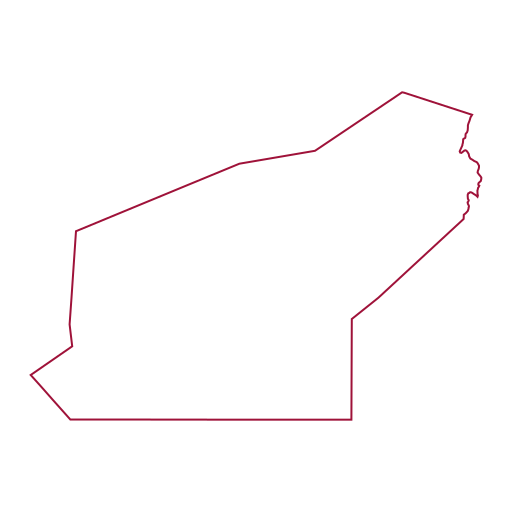 the district of Bicurga, Centro Sur, Equatorial Guinea
{"feature_id": "11065452B87560810385120", "entity_name": "Bicurga", "entity_type": "district", "adm_level": 2, "iso_a3": "GNQ", "parent_name": "Equatorial Guinea", "parent_adm1": "Centro Sur", "projection": "albers", "projection_center": [10.52, 1.549], "detail": "fine", "context": "isolated", "style": "outline", "palette": "rose", "viewbox_px": 512, "rotation_deg": 0, "n_neighbors": 0, "source": "geoboundaries", "source_scale": "gbopen_adm2", "svg_char_len": 1423}
<svg xmlns="http://www.w3.org/2000/svg" viewBox="0 0 512 512"><path d="M472.1,114.8L404.1,92.7L402.1,92.3L315.0,150.8L239.4,163.7L187.0,185.3L76.0,231.2L73.5,268.0L71.5,297.8L69.6,324.4L72.2,346.3L30.7,375.0L41.3,386.8L52.5,399.5L70.3,419.5L94.2,419.5L262.6,419.7L351.4,419.7L351.8,319.0L378.3,297.8L463.6,219.0L463.7,217.5L463.8,214.7L465.5,213.4L466.4,212.5L467.8,210.9L468.5,208.8L468.6,207.5L468.9,206.9L468.9,205.9L468.5,205.0L467.9,203.9L467.6,202.3L468.1,201.8L468.7,200.5L468.6,199.9L467.9,198.8L467.7,196.3L467.7,194.8L468.3,193.3L469.2,193.0L470.1,192.2L471.3,192.4L472.3,192.9L473.8,194.0L475.0,194.7L476.3,195.6L477.5,196.8L477.9,195.6L477.5,193.6L477.5,192.5L477.4,190.7L477.9,188.9L478.0,188.0L478.8,186.8L479.3,185.7L478.7,185.3L478.3,184.7L478.4,183.5L478.7,182.9L480.8,181.0L481.3,178.9L481.3,177.5L480.2,175.9L479.1,174.7L477.6,172.6L477.8,171.1L478.7,168.8L479.0,167.2L479.0,165.7L477.7,163.3L476.7,162.1L474.2,161.0L473.1,160.2L471.5,159.2L470.5,158.7L469.8,157.6L469.1,156.2L469.0,155.3L468.7,154.0L467.7,152.3L466.6,150.9L465.6,150.3L464.5,150.5L461.4,152.9L460.2,152.6L459.7,151.3L462.4,145.3L462.4,144.6L462.9,142.9L463.1,140.8L463.2,139.2L463.8,138.7L464.7,138.2L465.2,137.9L465.5,136.6L465.5,135.3L465.6,134.1L466.2,133.2L467.0,132.4L467.7,130.3L467.9,127.4L467.9,125.4L468.2,124.2L468.8,122.5L469.4,121.1L470.0,119.2L470.5,117.4L472.1,114.8Z" fill="none" stroke="#9f1239" stroke-width="2"/></svg>